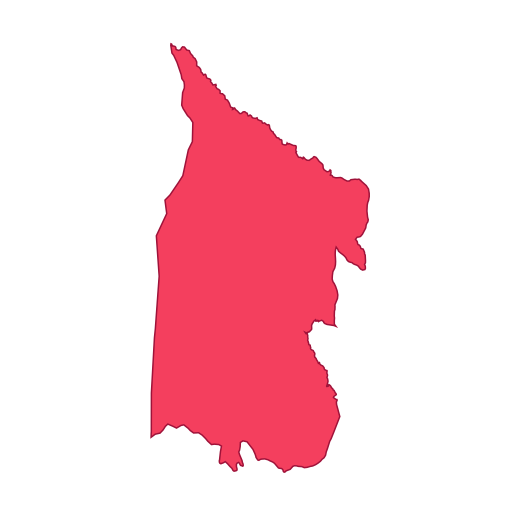 the district of Santa María Tepantlali, Oaxaca, Mexico, rotated 176°
{"feature_id": "50627088B72536990045476", "entity_name": "Santa María Tepantlali", "entity_type": "district", "adm_level": 2, "iso_a3": "MEX", "parent_name": "Mexico", "parent_adm1": "Oaxaca", "projection": "equal_earth", "projection_center": [-96.004, 16.943], "detail": "fine", "context": "isolated", "style": "filled", "palette": "rose", "viewbox_px": 512, "rotation_deg": 176, "n_neighbors": 0, "source": "geoboundaries", "source_scale": "gbopen_adm2", "svg_char_len": 6060}
<svg xmlns="http://www.w3.org/2000/svg" viewBox="0 0 512 512"><g transform="rotate(176 256 256)"><path d="M181.2,180.3L182.6,182.5L182.4,186.0L182.0,188.6L182.1,190.7L181.6,195.6L181.0,197.1L180.7,200.0L180.7,201.8L177.7,207.9L177.1,211.4L177.5,215.5L178.7,220.0L179.9,223.0L181.1,225.1L181.6,227.7L181.2,231.1L180.4,235.0L178.3,238.5L177.4,241.5L177.0,244.7L176.9,248.2L176.9,251.8L176.6,254.8L176.2,256.9L175.4,259.3L174.0,257.1L173.3,255.0L171.3,253.0L169.4,251.4L167.8,249.8L166.5,248.1L165.4,245.5L164.1,244.0L162.4,243.2L160.7,242.7L159.4,241.4L158.1,240.7L156.2,239.9L154.6,238.7L153.7,237.2L152.5,235.6L150.6,234.5L148.3,234.9L147.7,236.1L147.7,238.3L148.3,240.0L147.3,241.6L147.1,243.7L147.0,249.4L147.5,250.3L147.5,252.2L148.6,255.4L150.8,256.2L151.3,258.4L152.2,259.7L153.3,260.2L153.7,260.9L154.0,263.3L154.8,264.7L155.6,265.7L153.8,267.7L152.1,267.8L150.4,268.2L148.3,270.3L144.6,276.3L143.9,279.4L143.1,281.0L142.1,282.2L141.5,284.3L142.0,287.0L142.2,293.1L141.5,299.0L140.8,301.6L139.8,303.7L138.9,307.4L138.7,310.7L139.1,314.9L141.1,318.5L146.5,324.1L146.4,324.2L147.9,325.5L149.6,325.3L151.8,325.7L156.0,325.5L157.6,324.3L159.9,324.4L163.0,326.3L164.8,327.8L166.2,328.4L170.0,328.4L171.5,328.6L173.7,329.5L174.4,330.8L175.2,331.4L176.0,331.3L176.3,331.5L175.8,332.5L175.3,334.2L175.5,335.4L175.4,336.1L176.1,336.7L176.6,335.8L177.9,335.2L179.3,335.1L182.1,337.3L182.8,339.1L182.9,342.2L183.2,342.5L183.6,343.3L186.4,346.0L188.2,348.9L189.3,350.3L191.1,351.1L191.7,350.8L192.6,349.7L193.9,349.2L196.3,347.7L198.4,348.0L200.0,349.1L201.3,350.9L201.9,351.3L202.2,350.9L202.1,350.3L202.2,349.9L202.5,349.7L204.3,351.1L205.0,351.4L206.4,351.4L206.9,351.9L207.7,353.5L209.0,356.4L208.6,356.8L208.3,357.3L208.8,357.9L208.9,359.2L208.4,361.0L208.3,362.3L208.6,363.2L209.7,363.5L210.9,363.6L215.3,365.9L215.8,365.5L216.5,365.6L217.1,366.6L217.7,365.3L218.4,364.7L220.0,364.9L221.6,365.6L222.1,366.1L222.2,369.7L223.0,370.4L223.9,370.4L224.7,371.3L225.1,372.1L226.2,372.4L226.7,372.4L227.4,373.1L229.0,376.1L230.0,377.0L230.2,378.3L230.6,378.9L231.6,379.3L232.5,380.7L233.3,382.5L233.6,385.6L234.4,386.2L235.4,385.9L237.0,387.0L238.1,388.2L239.4,388.0L240.3,388.1L240.9,390.2L243.0,391.0L244.8,392.0L245.3,393.8L247.0,393.3L249.1,393.8L250.2,394.4L250.7,395.9L252.1,397.1L253.3,396.3L254.1,396.3L254.5,397.5L254.8,399.0L255.8,399.5L257.1,400.7L258.8,400.7L260.0,399.7L260.9,399.2L262.2,399.2L264.5,402.0L266.0,403.3L267.0,405.1L268.7,403.9L269.2,403.8L268.7,405.4L270.6,406.1L271.1,407.0L272.0,410.3L273.6,413.5L275.7,414.6L276.0,418.0L278.1,420.2L279.5,420.4L280.5,420.9L280.3,423.3L281.7,424.9L283.1,425.5L284.0,427.1L284.5,428.3L283.8,429.0L284.1,430.0L287.0,429.6L288.2,431.9L288.9,432.6L289.2,433.4L288.8,434.3L289.2,435.3L290.4,436.1L291.5,436.4L292.8,437.2L293.4,440.2L294.1,440.9L295.7,440.1L297.1,442.6L297.9,443.2L298.2,446.0L299.4,448.0L301.9,449.9L301.6,453.7L303.0,457.2L304.7,458.6L305.2,460.1L307.2,462.6L308.2,465.5L310.7,466.3L312.8,469.4L314.6,469.8L315.7,468.9L316.9,467.0L319.0,466.5L321.3,467.6L321.5,469.8L322.1,470.6L323.5,471.2L324.7,471.3L325.4,473.3L326.0,473.6L326.3,472.1L325.7,464.3L324.1,461.9L321.3,454.7L318.0,442.2L317.6,438.1L315.7,434.9L315.5,431.6L315.8,428.5L317.8,424.1L319.6,411.7L318.4,408.1L314.5,400.8L312.2,398.2L309.7,393.6L311.5,374.5L316.1,366.6L323.4,341.2L328.2,334.7L337.5,322.9L342.9,318.1L342.1,304.5L354.0,283.1L354.0,242.6L361.5,190.3L363.0,181.6L369.9,126.6L372.7,87.7L372.9,86.6L373.3,82.5L368.9,85.3L364.1,86.0L360.8,89.0L358.3,92.4L355.7,94.5L350.7,91.9L347.3,89.9L342.6,92.2L339.8,92.6L335.7,88.9L333.7,86.4L330.6,83.8L325.6,83.7L322.2,81.1L319.0,77.4L317.0,74.6L313.6,71.0L310.7,71.2L306.2,70.5L303.7,68.8L305.1,63.3L306.6,55.0L306.9,54.3L306.9,52.8L306.5,51.8L305.5,51.2L304.5,51.6L303.5,51.8L302.3,52.3L301.0,53.0L298.9,50.8L296.6,47.8L294.8,45.8L294.0,43.9L293.3,43.1L292.4,42.9L290.8,43.2L290.1,43.5L289.8,44.3L289.8,45.0L290.2,47.3L290.1,49.5L289.3,50.7L287.7,51.3L286.8,50.1L286.6,49.3L286.0,48.2L284.9,47.8L284.2,47.3L283.4,47.6L283.4,49.3L284.0,51.2L284.2,52.9L286.2,58.8L286.7,60.8L286.8,61.9L286.0,63.3L285.1,66.9L284.6,71.1L281.9,72.5L277.9,71.3L275.2,67.3L272.5,63.3L270.8,58.7L270.2,56.5L270.0,55.1L268.5,52.4L267.4,52.0L266.1,52.7L264.9,53.0L261.4,53.0L258.0,51.8L256.7,50.9L253.7,49.3L252.0,47.9L248.4,43.0L247.4,42.6L245.3,42.2L244.3,41.2L243.9,40.2L243.8,39.3L243.2,38.5L242.5,38.4L241.7,38.8L240.9,39.6L236.8,40.8L234.1,43.4L234.1,43.5L232.3,44.1L230.1,43.8L228.5,43.2L224.9,42.7L222.6,41.5L219.8,41.6L216.7,42.3L214.1,42.6L211.1,43.7L208.5,45.1L206.0,46.8L204.4,48.5L202.2,50.0L200.5,52.4L199.6,55.7L198.1,59.1L195.4,66.0L193.8,68.5L190.9,74.5L183.6,90.0L186.0,102.3L186.0,104.9L185.7,105.3L185.1,106.6L185.3,107.2L186.2,107.3L188.6,109.4L188.2,110.4L185.6,112.1L185.7,112.9L186.0,113.5L186.4,113.8L187.5,116.5L188.2,116.8L188.4,117.2L188.6,118.0L190.1,119.7L190.3,120.6L191.1,121.7L192.2,122.6L192.6,122.3L192.7,121.5L193.2,121.0L194.5,120.9L194.6,121.3L193.9,122.8L192.9,126.0L193.1,128.3L193.7,129.9L193.0,131.7L193.0,132.6L193.3,133.4L193.5,134.2L193.1,136.5L193.2,136.8L194.0,137.0L195.0,137.6L195.9,138.7L195.8,139.4L195.9,139.9L197.1,141.7L198.6,142.5L199.7,143.5L200.0,144.4L200.0,144.9L200.2,145.2L200.8,144.6L201.2,144.5L201.8,146.4L202.8,148.2L203.1,149.2L203.5,150.0L204.4,150.9L204.6,151.4L204.4,151.9L204.6,153.0L204.1,154.1L204.3,155.2L204.9,156.1L205.5,157.6L206.2,158.1L206.8,158.3L207.6,159.0L208.0,159.7L208.1,160.2L207.8,161.1L208.1,161.7L208.2,163.3L209.5,163.9L209.6,164.3L209.5,165.4L209.9,166.2L209.9,167.1L210.2,167.8L210.4,168.3L209.9,169.9L210.1,171.8L209.9,172.8L210.2,174.4L210.3,174.8L211.6,175.1L212.3,176.4L211.3,175.8L210.3,176.1L209.5,176.1L209.1,176.6L208.1,176.6L207.6,177.0L207.1,177.6L205.8,178.7L205.6,179.1L205.5,179.7L205.4,182.8L204.7,184.4L202.7,187.1L201.1,188.2L201.0,187.6L201.0,187.0L200.3,187.1L199.8,186.7L199.3,186.8L199.3,187.5L198.4,187.3L198.1,187.1L198.0,186.3L197.1,186.8L194.9,187.3L193.2,185.9L193.0,184.8L192.0,183.8L190.0,182.8L183.0,181.2L181.2,180.3Z" fill="#f43f5e" stroke="#9f1239" stroke-width="1.5"/></g></svg>